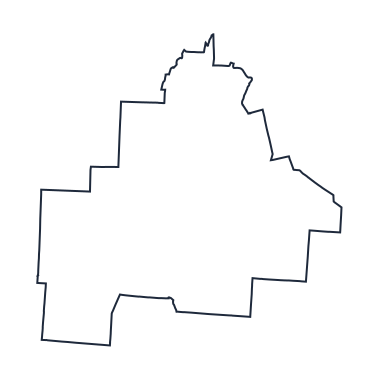 the district of Gogosari, Giurgiu, Romania, rotated 274°
{"feature_id": "2599482B84507417435339", "entity_name": "Gogosari", "entity_type": "district", "adm_level": 2, "iso_a3": "ROU", "parent_name": "Romania", "parent_adm1": "Giurgiu", "projection": "equal_earth", "projection_center": [25.692, 43.875], "detail": "fine", "context": "isolated", "style": "outline", "palette": "slate", "viewbox_px": 384, "rotation_deg": 274, "n_neighbors": 0, "source": "geoboundaries", "source_scale": "gbopen_adm2", "svg_char_len": 5712}
<svg xmlns="http://www.w3.org/2000/svg" viewBox="0 0 384 384"><g transform="rotate(274 192 192)"><path d="M201.7,328.0L203.8,324.2L205.3,321.6L206.3,320.1L207.8,317.5L207.9,317.4L208.1,317.0L208.7,316.1L210.5,313.2L211.2,312.3L211.3,312.0L212.7,309.9L213.8,308.2L214.6,307.1L214.7,306.7L215.0,306.4L215.6,305.6L216.0,305.0L217.2,303.0L218.0,301.5L218.5,300.9L218.8,300.5L219.7,299.5L220.5,298.7L221.0,298.0L221.1,297.7L221.2,297.4L221.2,296.2L221.2,294.5L221.3,293.2L221.2,292.3L221.3,291.9L221.4,291.7L221.7,291.5L222.5,291.3L224.5,290.4L229.2,288.3L231.5,287.2L234.3,286.2L233.8,284.2L230.9,274.6L229.7,270.7L229.5,269.8L229.2,268.5L234.9,269.7L235.4,269.8L235.8,269.7L237.4,269.2L242.6,267.7L247.0,266.4L251.6,265.0L252.7,264.6L253.5,264.3L260.5,262.1L269.2,259.6L269.4,259.6L271.6,259.1L275.6,257.8L279.1,256.7L277.9,253.3L274.9,244.8L274.9,244.7L274.6,244.8L274.5,244.6L274.4,244.4L274.3,243.6L274.1,242.7L274.5,242.5L274.9,242.3L276.0,241.4L276.9,240.8L277.2,240.6L277.9,239.9L278.8,239.3L280.4,238.1L281.5,237.2L281.9,237.0L282.1,236.9L282.3,236.8L282.4,236.4L282.5,236.3L284.0,235.7L284.3,235.7L285.1,235.7L285.7,235.7L286.1,235.8L286.7,236.0L287.6,236.3L288.4,236.7L288.7,236.8L289.4,236.9L289.9,237.0L291.4,237.2L291.9,237.3L292.7,237.6L292.9,237.7L293.1,237.8L293.3,237.9L293.9,238.2L295.4,238.7L296.7,239.1L298.2,239.7L298.9,239.9L299.9,240.0L300.4,240.2L301.2,240.5L301.3,240.6L301.8,241.1L302.3,241.4L302.6,241.5L303.4,241.7L303.7,241.7L304.1,241.6L304.3,241.5L304.6,241.8L305.2,242.3L305.7,242.6L307.0,243.4L307.6,243.8L308.3,243.9L308.9,243.9L309.3,243.8L309.9,243.5L310.1,243.3L310.1,243.2L310.3,242.4L310.3,241.6L310.1,240.4L310.2,240.1L310.3,239.9L310.5,239.5L311.3,238.5L312.3,237.6L312.5,237.4L314.4,236.1L315.0,235.6L316.3,234.7L317.0,234.2L317.8,233.3L318.4,232.4L318.6,232.0L318.8,231.4L318.9,230.8L318.9,230.4L318.9,230.2L319.0,229.3L319.0,228.8L319.0,228.1L318.8,226.9L318.8,226.5L318.7,225.9L318.7,225.4L318.7,225.1L318.8,225.0L318.9,224.8L319.1,224.7L319.4,224.5L319.9,224.3L320.5,224.2L322.9,224.6L322.9,224.4L323.7,222.2L323.7,221.9L323.7,221.7L322.9,221.3L321.7,221.0L320.9,220.7L320.7,220.6L320.4,220.1L320.2,219.4L320.2,218.1L320.2,212.4L319.9,206.8L319.7,204.3L325.1,204.6L326.3,204.7L327.7,204.6L335.8,203.8L339.0,203.4L347.6,202.6L350.8,202.3L350.8,202.1L349.8,201.2L349.7,201.0L349.6,200.9L349.6,200.7L349.3,200.6L348.5,200.5L347.4,200.1L346.6,199.7L345.9,199.3L344.5,198.7L343.9,198.7L343.3,198.6L342.7,198.5L341.5,198.1L341.0,197.9L340.1,197.8L339.2,197.8L339.1,197.7L339.0,197.2L340.7,196.1L342.0,195.2L341.8,195.1L340.6,195.1L339.2,194.9L338.4,194.9L336.8,194.6L333.9,194.3L333.4,194.3L332.6,194.2L332.4,194.2L332.2,194.0L332.1,193.5L332.1,192.2L332.0,191.8L331.8,187.5L331.8,184.4L331.6,181.3L331.6,179.8L331.6,177.9L331.7,176.2L333.2,174.3L332.4,173.8L331.6,173.5L329.6,172.6L329.3,172.5L329.1,172.5L327.5,172.8L326.3,172.8L325.6,172.8L324.9,172.6L324.7,172.4L325.0,170.9L324.9,170.7L323.6,169.0L323.3,168.6L322.6,168.0L322.4,167.9L321.8,167.7L320.2,167.5L319.4,167.5L319.0,167.6L318.7,167.8L318.0,167.8L317.7,167.6L314.7,165.2L314.6,164.8L314.9,164.6L315.1,164.4L314.8,164.1L314.7,164.0L314.7,163.8L314.8,163.7L314.5,163.2L314.1,162.8L313.9,162.5L313.8,162.4L313.1,162.1L312.7,162.0L310.9,161.6L310.1,161.4L309.7,161.3L309.0,161.1L307.7,160.9L307.7,160.0L307.6,158.8L307.3,157.5L306.8,157.6L306.3,157.5L305.8,157.5L305.2,157.4L304.7,157.3L303.7,157.2L302.8,157.2L301.7,157.0L301.0,156.8L300.6,156.6L300.2,156.1L300.0,155.9L299.4,155.6L298.8,155.4L297.7,155.1L292.0,154.2L292.0,155.4L292.0,155.9L292.0,156.5L292.2,158.1L290.9,158.1L289.0,157.9L278.8,158.2L278.7,158.0L278.6,152.6L278.7,151.3L278.6,148.9L278.3,143.6L278.2,140.4L278.0,136.4L277.7,128.6L277.2,114.9L261.1,115.4L258.2,115.4L242.8,115.8L211.8,116.8L211.4,109.9L210.6,99.5L210.6,98.8L210.2,89.4L207.0,89.2L185.3,90.2L185.1,83.3L183.8,41.4L179.2,41.7L170.3,42.0L164.2,42.2L154.8,42.5L144.9,43.0L129.6,43.5L126.5,43.6L123.0,43.7L119.6,43.7L114.9,43.9L111.2,43.9L102.6,44.1L100.9,44.2L99.1,44.2L97.6,43.8L97.6,44.1L97.4,44.0L96.4,44.0L90.5,44.0L90.5,46.3L90.6,52.6L86.7,52.7L81.5,52.6L72.0,52.6L70.4,52.6L67.7,52.5L62.8,52.5L62.7,52.6L60.9,52.7L51.4,52.5L48.3,52.5L46.6,52.5L46.3,52.6L43.0,52.6L39.8,52.5L37.5,52.5L34.0,52.4L34.0,53.4L34.1,56.6L34.2,56.9L34.2,57.0L34.0,58.4L33.7,72.8L33.7,78.4L33.5,87.1L33.5,88.9L33.4,98.3L33.4,100.0L33.3,109.3L33.3,111.4L33.2,119.4L33.2,120.1L33.2,120.8L35.4,120.8L35.9,120.8L36.0,120.7L39.9,120.8L44.7,120.8L48.1,120.7L54.8,120.6L65.2,120.4L66.3,120.7L68.0,121.4L74.5,123.6L77.8,124.8L79.8,125.5L84.7,127.3L84.5,129.4L84.3,133.0L84.0,142.1L83.9,145.9L83.9,146.2L84.0,146.5L84.0,147.5L83.9,150.9L83.8,155.1L83.9,157.4L83.8,166.0L83.9,167.1L84.0,168.9L84.1,173.7L84.3,175.8L84.5,175.7L84.8,175.7L85.1,175.9L85.2,176.1L85.3,176.3L85.3,176.5L84.7,178.4L82.8,180.9L82.4,180.8L82.1,180.8L81.5,180.7L81.2,180.8L80.5,180.8L79.7,181.0L79.2,181.1L78.7,181.4L78.5,181.6L78.2,181.9L77.8,182.1L74.7,183.5L73.8,184.1L73.2,184.4L71.5,184.9L71.6,186.0L71.5,190.4L71.5,191.8L71.6,192.2L71.6,194.2L71.6,200.0L71.5,209.1L71.4,217.3L71.5,237.8L71.6,240.2L71.5,240.9L71.5,246.2L71.5,249.8L71.5,256.7L71.5,258.6L71.5,258.8L83.6,258.7L91.4,258.7L94.1,258.7L99.8,258.5L102.4,258.5L104.3,258.4L110.3,258.4L110.1,266.0L110.2,267.9L110.1,268.9L110.1,274.8L110.2,284.2L110.2,285.1L110.2,286.4L110.3,290.9L110.3,291.1L110.4,293.0L110.5,294.6L110.5,298.6L110.6,305.7L110.5,307.7L110.5,311.9L135.3,312.0L146.1,311.9L151.4,312.0L156.8,312.0L161.9,312.0L161.9,314.6L161.9,316.7L161.8,324.6L161.8,330.4L161.9,331.8L162.0,342.6L163.6,342.6L169.4,342.5L178.9,342.4L187.1,342.2L191.5,335.2L192.4,334.0L197.3,333.4L198.7,333.3L198.8,333.2L201.7,328.0Z" fill="none" stroke="#1e293b" stroke-width="2"/></g></svg>